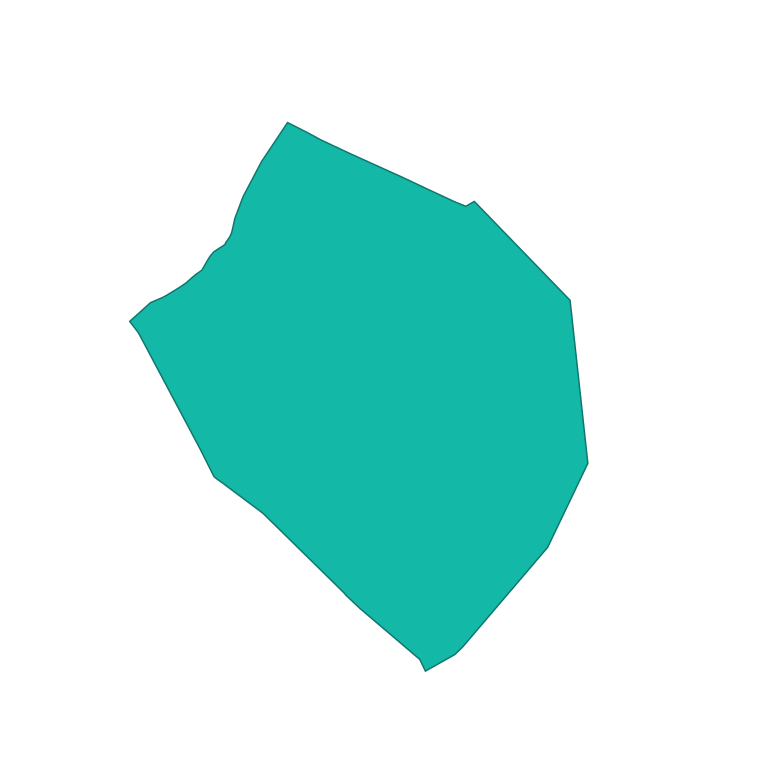 San Pedro Tidaá, Oaxaca, Mexico (Equal Earth projection), rotated 245°
{"feature_id": "50627088B21905525899656", "entity_name": "San Pedro Tidaá", "entity_type": "district", "adm_level": 2, "iso_a3": "MEX", "parent_name": "Mexico", "parent_adm1": "Oaxaca", "projection": "equal_earth", "projection_center": [-97.375, 17.337], "detail": "fine", "context": "isolated", "style": "filled", "palette": "teal", "viewbox_px": 768, "rotation_deg": 245, "n_neighbors": 0, "source": "geoboundaries", "source_scale": "gbopen_adm2", "svg_char_len": 795}
<svg xmlns="http://www.w3.org/2000/svg" viewBox="0 0 768 768"><g transform="rotate(245 384 384)"><path d="M381.2,588.0L511.3,543.0L510.5,533.2L519.7,524.7L542.9,505.2L562.4,489.0L606.1,451.5L622.7,437.6L632.0,429.9L643.7,421.2L661.7,407.1L637.2,366.8L613.4,335.5L597.1,318.8L589.1,312.7L585.5,309.8L582.6,306.5L578.7,299.8L577.8,299.3L577.2,296.4L576.8,292.8L575.8,285.8L573.6,280.9L570.8,276.5L564.1,267.0L562.9,260.0L561.4,254.4L559.2,247.1L558.0,239.6L556.3,225.0L556.0,220.1L556.4,206.8L548.2,180.0L535.9,182.7L533.9,183.1L477.8,186.0L402.2,189.9L371.9,190.8L367.8,192.8L363.6,195.2L318.1,219.6L219.1,256.7L211.5,259.5L208.7,260.2L190.6,267.4L119.3,300.0L106.3,300.2L108.9,334.0L112.4,344.1L166.8,463.3L225.9,535.2L381.2,588.0Z" fill="#14b8a6" stroke="#0f766e" stroke-width="1.5"/></g></svg>